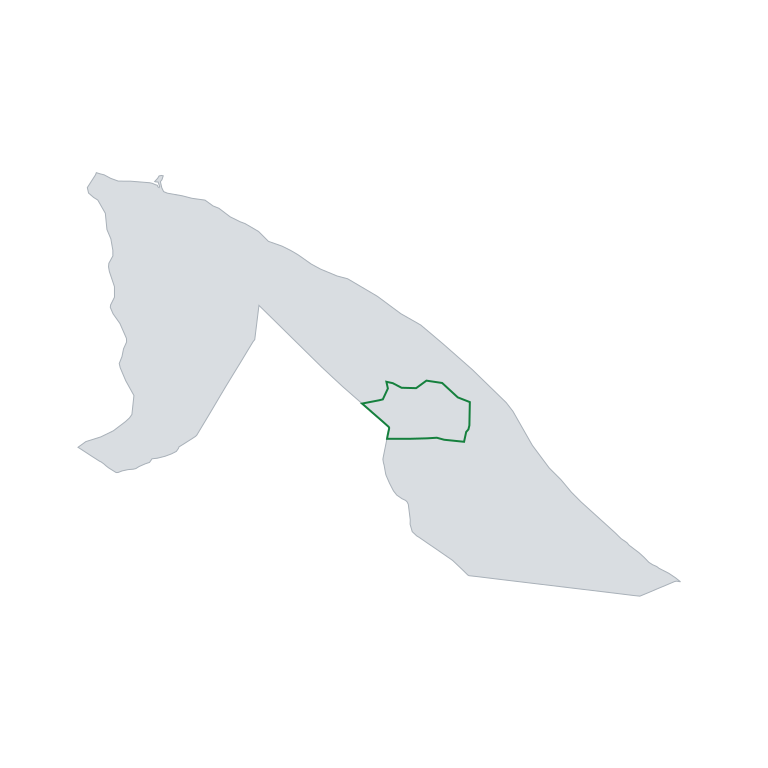 Hiiraan highlighted on a map of Somalia, rotated 277°
{"feature_id": "SOM-2409", "entity_name": "Hiiraan", "entity_type": "Region", "adm_level": 1, "iso_a3": "SOM", "parent_name": "Somalia", "parent_adm1": "", "projection": "equal_earth", "projection_center": [45.352, 4.37], "detail": "fine", "context": "in_parent", "style": "outline", "palette": "green", "viewbox_px": 768, "rotation_deg": 277, "n_neighbors": 0, "source": "natural_earth", "source_scale": "10m", "svg_char_len": 2978}
<svg xmlns="http://www.w3.org/2000/svg" viewBox="0 0 768 768"><g transform="rotate(277 384 384)"><path d="M224.0,698.5L223.4,696.6L220.1,690.9L214.0,680.2L209.3,672.1L204.6,663.8L204.5,657.2L204.5,637.6L204.4,598.2L204.3,558.8L204.2,519.5L204.2,499.8L204.1,491.8L204.6,490.5L210.1,483.3L217.2,473.7L226.7,455.6L231.8,445.7L236.1,437.5L237.2,435.0L240.9,430.0L248.0,427.0L252.4,426.6L267.5,422.8L269.8,421.3L271.1,419.6L272.4,415.7L275.3,410.2L279.1,406.4L286.3,401.5L293.4,397.3L295.0,396.6L303.5,394.0L305.6,393.1L309.0,392.1L310.4,392.1L322.2,393.0L331.4,393.7L340.9,394.5L341.9,393.9L348.6,384.2L359.2,368.6L365.9,358.7L376.3,343.4L384.3,332.3L393.2,320.1L401.8,308.9L412.1,295.5L418.6,287.0L428.7,273.9L438.3,261.4L446.8,250.3L435.0,250.3L423.6,250.3L412.3,250.3L410.3,249.0L400.8,244.7L388.7,239.3L373.8,232.5L363.2,227.7L351.9,222.7L340.4,217.7L331.3,213.7L320.1,208.7L310.4,204.4L309.0,203.3L303.6,196.8L296.5,188.1L295.2,187.9L291.8,186.1L288.7,181.5L285.6,175.5L282.7,168.0L281.5,162.9L277.6,160.8L275.7,156.8L272.2,150.9L269.8,148.0L268.9,145.5L267.8,140.3L265.8,134.6L263.9,131.1L263.5,129.6L263.6,128.6L267.2,120.9L268.8,118.2L270.6,115.6L272.1,112.9L272.7,111.1L277.0,102.1L280.9,94.2L283.9,88.0L290.5,95.1L297.0,109.4L304.6,121.1L315.1,131.9L319.3,135.5L323.0,137.5L342.1,137.2L355.7,127.3L368.0,120.2L372.1,118.7L379.3,120.6L387.2,121.2L394.3,123.4L397.9,122.8L411.9,114.5L420.7,106.5L426.7,103.0L429.1,103.0L437.3,105.9L447.8,104.6L462.2,97.7L466.8,96.3L470.3,96.2L478.1,99.3L479.4,99.1L483.6,98.6L494.8,95.2L503.5,90.2L519.5,86.6L531.7,77.5L533.8,73.0L537.5,67.5L542.8,65.6L556.5,72.2L558.7,72.7L558.0,76.6L557.5,80.7L554.8,87.7L553.0,95.6L554.4,107.5L555.2,127.0L554.9,129.8L554.0,132.6L553.6,134.8L552.2,135.5L551.5,136.8L552.6,137.3L556.9,135.2L556.8,132.8L557.0,131.7L560.6,134.3L563.1,135.4L563.9,137.8L563.7,139.5L559.7,138.7L557.6,137.4L551.7,139.5L548.1,141.8L547.0,145.7L546.2,160.9L544.9,170.8L544.7,183.9L539.9,192.6L538.3,198.7L531.2,210.9L527.5,221.4L526.3,226.5L520.1,240.9L511.5,251.9L508.4,266.0L505.3,274.8L501.8,282.9L494.2,297.1L490.3,307.0L485.5,324.2L484.0,335.1L470.2,366.8L455.9,392.0L447.0,413.3L430.9,437.9L409.1,469.8L380.4,507.6L372.6,515.3L341.2,538.7L320.8,558.2L310.4,571.5L299.5,583.1L290.8,594.2L264.6,631.4L261.9,634.9L259.4,638.2L256.1,644.5L253.8,647.0L247.6,657.7L243.7,663.2L239.3,668.6L237.4,672.5L236.1,676.9L234.6,679.4L230.7,690.0L227.2,696.9L223.8,702.4L224.0,698.5Z" fill="#d9dde1" stroke="#a8b0b8" stroke-width="1"/><path d="M341.0,394.5L342.0,393.9L344.7,390.0L346.7,387.1L350.4,381.6L354.1,376.1L357.8,370.7L361.5,365.2L361.9,364.6L367.2,381.0L368.6,384.7L380.0,388.4L386.5,386.1L385.9,392.6L382.4,401.9L383.8,416.4L392.5,425.7L392.1,441.6L381.4,456.5L379.7,458.9L376.5,471.4L353.3,473.8L349.2,473.3L346.4,471.4L336.4,470.5L336.0,450.5L337.1,443.0L335.3,433.2L332.9,417.3L330.0,393.7L331.9,393.8L333.7,393.9L335.5,394.1L337.3,394.2L339.1,394.4L341.0,394.5Z" fill="none" stroke="#15803d" stroke-width="2"/></g></svg>